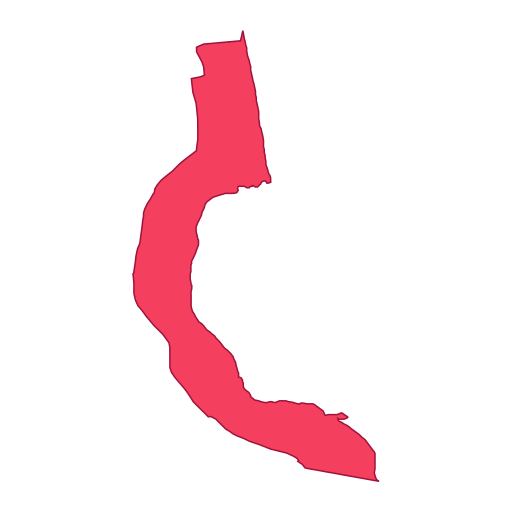 Fayid, Al Isma`iliyah, Egypt
{"feature_id": "37247803B37861588601733", "entity_name": "Fayid", "entity_type": "district", "adm_level": 2, "iso_a3": "EGY", "parent_name": "Egypt", "parent_adm1": "Al Isma`iliyah", "projection": "albers", "projection_center": [32.345, 30.367], "detail": "fine", "context": "isolated", "style": "filled", "palette": "rose", "viewbox_px": 512, "rotation_deg": 0, "n_neighbors": 0, "source": "geoboundaries", "source_scale": "gbopen_adm2", "svg_char_len": 4105}
<svg xmlns="http://www.w3.org/2000/svg" viewBox="0 0 512 512"><path d="M379.0,481.3L376.7,479.7L375.9,478.2L375.1,475.9L374.3,472.8L375.0,468.9L375.0,464.2L375.0,460.3L375.0,457.2L375.0,453.3L374.2,451.8L371.8,448.7L369.5,445.6L367.2,442.5L364.8,439.4L362.5,437.8L359.4,434.7L356.3,432.4L353.2,430.1L350.9,428.5L349.3,427.0L347.0,425.4L345.5,424.7L343.9,423.9L341.6,422.3L340.0,421.6L338.5,420.8L337.7,418.5L339.2,419.2L341.6,419.2L343.9,419.2L346.2,418.4L347.7,417.6L347.7,416.9L345.4,415.3L343.1,413.8L342.3,413.0L340.8,413.0L339.2,413.8L336.9,414.6L334.6,414.6L332.3,414.6L330.0,414.6L328.4,414.6L325.3,415.4L324.5,413.9L323.0,410.8L320.7,409.2L317.6,406.9L314.5,404.6L312.9,403.8L311.4,403.8L307.5,403.8L306.7,403.8L303.6,403.1L302.1,403.1L300.6,403.1L299.8,403.9L298.2,403.9L295.1,403.1L292.8,402.3L288.2,401.6L285.9,400.8L284.3,400.8L282.0,400.8L279.7,400.8L277.4,401.6L275.8,402.4L273.5,402.4L272.0,401.7L269.7,401.7L267.4,402.5L264.3,402.5L261.2,401.7L258.9,400.9L255.8,400.2L255.0,400.2L251.1,397.1L250.3,394.8L248.8,392.4L245.7,390.1L244.9,389.3L244.1,388.6L243.3,386.2L243.3,383.1L242.5,381.6L242.5,380.0L241.0,377.7L238.6,376.9L238.6,374.6L238.6,373.9L238.6,373.0L237.8,371.5L237.0,368.4L236.3,366.0L235.5,362.2L233.9,359.0L233.1,356.7L230.8,353.6L227.7,350.5L224.6,348.2L222.2,345.1L219.9,342.0L217.6,339.7L216.0,338.1L214.5,335.8L211.4,333.5L209.8,331.9L207.5,330.4L205.9,328.8L203.6,325.7L201.3,323.4L198.9,321.9L197.4,319.5L195.8,317.2L194.3,314.1L192.7,311.8L191.9,309.5L191.1,306.3L191.1,302.5L191.1,301.5L191.1,299.3L191.1,296.2L191.0,292.3L191.8,288.4L191.8,285.3L191.0,284.6L191.0,283.0L190.2,279.1L190.2,274.5L190.9,271.3L190.9,269.0L190.9,266.7L190.9,265.1L191.6,263.6L191.6,261.2L192.4,259.7L193.2,258.1L195.4,253.4L196.2,251.1L197.0,248.7L198.5,244.9L198.5,243.3L198.5,240.2L197.7,238.6L196.9,234.7L196.1,231.6L196.1,227.0L197.6,223.1L199.9,218.4L201.4,215.3L202.1,212.2L204.4,207.5L204.4,206.7L205.2,204.4L206.7,202.0L212.9,197.3L215.2,196.5L219.8,195.0L222.9,194.2L225.2,193.4L229.1,193.4L230.6,193.4L234.5,193.3L236.8,192.6L238.3,190.2L237.5,188.7L238.3,186.3L239.8,186.3L241.4,186.3L244.5,186.3L246.8,187.8L249.1,187.8L250.6,186.3L252.2,186.3L252.9,185.5L255.3,187.0L257.6,187.0L258.3,186.2L259.9,184.7L260.7,183.9L261.4,182.3L262.2,181.6L264.5,180.8L266.0,181.5L266.8,183.1L268.4,183.1L270.7,182.3L270.7,181.5L270.6,177.6L269.9,175.3L269.1,174.5L268.3,172.2L267.5,169.1L266.7,166.8L265.9,164.4L265.9,161.3L265.1,157.4L265.1,155.1L264.3,152.8L264.3,149.7L263.5,146.5L263.5,143.4L263.5,140.3L262.7,135.7L261.9,132.5L261.6,131.3L261.1,128.7L259.5,125.6L259.5,123.2L258.7,118.6L258.7,115.4L258.7,111.6L257.9,107.7L257.1,103.8L256.3,100.7L256.3,97.6L255.5,94.5L255.5,91.3L254.7,87.5L253.9,83.6L253.1,81.2L252.3,77.4L251.5,73.5L250.7,70.4L250.7,66.5L249.9,64.1L249.7,63.0L249.1,60.3L247.5,55.6L246.7,50.9L246.7,47.8L245.9,45.5L245.1,41.6L244.3,38.5L243.5,33.8L242.8,30.7L240.5,40.8L203.5,44.1L198.1,46.5L196.5,47.3L196.6,51.9L199.9,58.0L202.0,62.0L203.6,66.7L204.4,75.2L200.6,76.8L191.4,78.6L191.9,83.5L192.1,85.4L192.9,92.4L196.1,103.3L196.9,111.0L197.7,118.8L197.8,132.0L197.8,139.0L196.4,149.9L196.4,150.7L184.1,160.1L179.5,164.0L176.4,167.1L172.6,171.0L165.6,176.5L161.0,180.4L157.2,185.0L154.9,188.9L154.2,192.8L153.4,193.6L150.3,199.1L148.1,202.4L147.3,203.7L145.0,208.4L144.2,210.7L143.5,213.1L143.5,216.2L142.7,220.9L142.0,227.1L139.8,243.4L137.5,248.9L136.0,255.9L135.3,262.1L134.5,267.5L133.8,272.2L133.8,273.0L133.0,273.8L133.9,283.1L133.9,288.5L133.9,293.2L134.7,297.1L135.5,300.2L136.5,302.5L137.9,305.6L142.5,311.1L146.4,316.5L154.2,325.8L158.9,330.4L162.8,334.3L169.0,342.8L169.8,347.5L169.9,362.3L169.9,367.7L171.5,372.4L174.6,377.0L178.5,381.7L183.2,387.1L186.3,391.0L189.4,395.6L190.1,396.7L193.3,401.8L197.2,405.7L200.3,408.8L205.0,413.4L207.3,415.8L208.1,416.7L211.1,416.7L215.7,419.0L225.8,429.1L229.7,431.4L232.8,433.7L237.4,436.0L243.6,438.4L249.8,441.4L259.1,444.5L270.7,449.1L286.2,452.9L293.1,456.0L297.0,458.3L298.6,460.7L297.8,461.4L302.5,464.5L304.8,467.7L307.1,468.4L311.0,469.1L379.0,481.3Z" fill="#f43f5e" stroke="#9f1239" stroke-width="1.5"/></svg>